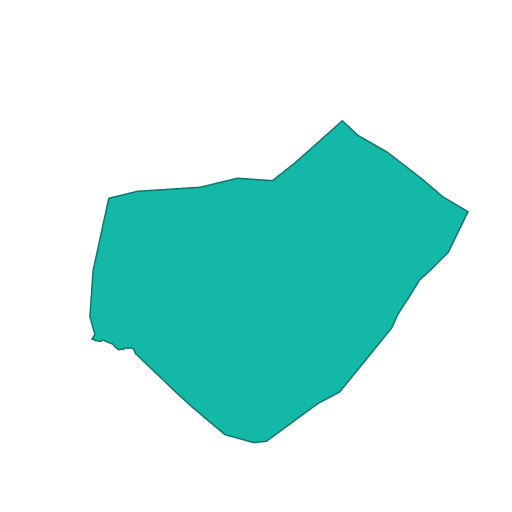 No'mrog, Dzavhan, Mongolia (Mercator projection), rotated 39°
{"feature_id": "93677404B73621846071454", "entity_name": "No'mrog", "entity_type": "district", "adm_level": 2, "iso_a3": "MNG", "parent_name": "Mongolia", "parent_adm1": "Dzavhan", "projection": "mercator", "projection_center": [96.871, 48.889], "detail": "fine", "context": "isolated", "style": "filled", "palette": "teal", "viewbox_px": 512, "rotation_deg": 39, "n_neighbors": 0, "source": "geoboundaries", "source_scale": "gbopen_adm2", "svg_char_len": 3256}
<svg xmlns="http://www.w3.org/2000/svg" viewBox="0 0 512 512"><g transform="rotate(39 256 256)"><path d="M238.0,96.6L231.8,134.1L231.8,134.3L229.7,147.0L229.4,149.1L229.3,149.3L227.7,159.1L222.2,183.5L222.1,184.0L221.7,185.5L221.6,186.3L221.4,187.1L206.3,197.7L205.9,198.0L203.3,199.8L192.7,207.2L184.1,218.4L183.8,218.8L181.0,222.5L180.2,223.5L178.9,225.2L178.8,225.4L178.3,226.0L178.0,226.4L173.7,232.0L173.4,232.4L169.2,237.9L157.1,249.0L155.3,250.7L155.1,250.9L147.3,258.0L146.8,258.6L138.4,266.3L123.2,280.3L117.1,288.3L108.7,299.3L105.3,303.8L107.9,308.9L117.8,328.7L117.9,328.8L123.8,340.5L136.2,365.1L137.3,367.3L138.4,369.6L139.7,371.4L144.2,377.9L147.4,382.4L147.4,382.5L147.5,382.5L151.8,388.6L165.0,407.6L180.2,418.4L180.3,418.5L180.7,423.3L180.8,423.8L181.1,423.7L181.5,423.6L182.1,423.3L182.5,423.0L182.9,422.9L183.0,422.9L183.3,423.0L183.8,423.0L184.2,422.9L184.6,422.8L184.7,422.6L184.8,422.5L185.1,422.3L185.3,422.1L185.6,422.0L186.3,421.6L186.6,421.5L187.4,421.1L187.5,421.0L188.3,420.4L188.7,420.2L188.9,420.1L189.2,419.7L189.4,419.2L189.5,418.6L189.6,418.1L189.7,417.8L190.0,417.6L190.3,417.3L190.7,417.0L190.9,417.1L191.1,417.2L191.3,417.2L191.5,417.2L191.9,416.9L191.9,416.7L192.1,416.6L192.3,416.6L192.5,416.7L192.7,416.9L192.8,416.9L193.0,416.9L193.4,416.9L193.7,416.7L194.1,416.6L194.4,416.5L194.8,416.3L195.7,416.0L198.1,415.3L199.4,414.9L199.8,414.7L200.0,414.5L200.3,414.5L200.5,414.5L200.8,414.7L201.1,414.7L201.3,414.7L201.5,414.7L202.1,414.8L202.4,415.0L202.8,415.2L203.6,415.4L204.3,415.4L205.0,415.3L205.4,415.1L205.8,415.1L206.1,415.1L206.5,415.3L207.1,415.4L207.8,415.4L208.1,415.3L208.2,415.2L208.3,415.1L208.7,414.8L209.1,414.4L209.4,413.8L209.9,413.3L210.1,413.0L210.4,412.7L211.1,412.4L211.6,412.1L211.9,411.7L211.8,411.4L211.7,411.2L211.7,410.6L211.7,410.3L211.7,410.0L211.8,409.8L212.2,409.4L212.3,409.4L212.6,409.2L213.0,409.2L213.5,409.2L213.8,408.9L214.7,408.1L215.3,407.5L215.9,406.9L216.4,406.4L216.7,406.2L217.0,405.9L217.6,405.5L217.8,405.5L218.0,405.4L218.3,405.3L218.8,405.4L219.3,405.5L219.9,405.7L220.2,405.8L223.8,407.6L235.5,408.6L252.8,410.0L253.2,410.1L255.0,410.2L257.4,410.4L277.3,412.1L279.4,412.2L280.3,412.3L280.7,412.3L281.4,412.4L286.8,412.7L287.3,412.7L288.9,412.8L289.4,412.8L294.7,413.1L295.1,413.1L296.2,413.2L297.1,413.3L302.6,413.6L304.8,413.6L305.4,413.6L310.7,413.7L311.2,413.7L318.4,413.9L318.9,413.9L322.7,414.0L323.3,414.0L331.4,414.1L331.5,414.1L334.8,414.2L335.2,414.2L344.2,414.4L345.5,413.8L346.0,413.6L347.0,413.2L347.9,412.8L350.7,411.6L351.0,411.4L371.7,402.4L380.7,393.5L381.5,390.2L381.8,389.3L382.0,388.3L382.2,387.8L385.6,374.6L385.7,374.4L391.9,350.6L392.1,350.0L397.0,331.5L404.6,313.7L406.6,308.9L406.6,305.5L406.7,254.7L406.7,252.2L406.7,251.9L406.7,247.8L406.7,247.7L406.7,246.8L406.7,246.4L406.7,245.8L406.7,245.4L406.7,243.5L406.7,243.2L406.7,226.1L403.0,212.3L401.4,198.1L401.2,196.2L401.2,195.9L401.2,195.4L401.1,194.6L401.1,193.9L398.2,171.8L400.3,158.0L403.1,132.1L392.9,88.2L364.2,92.4L336.0,91.7L335.0,91.7L334.8,91.7L332.5,91.8L319.5,92.1L314.6,92.2L314.1,92.2L307.8,92.4L302.4,92.5L302.1,92.5L294.5,92.7L293.6,92.7L292.8,92.8L292.3,92.8L292.1,92.8L264.8,97.2L264.1,97.3L259.5,98.1L238.0,96.6Z" fill="#14b8a6" stroke="#0f766e" stroke-width="1.5"/></g></svg>